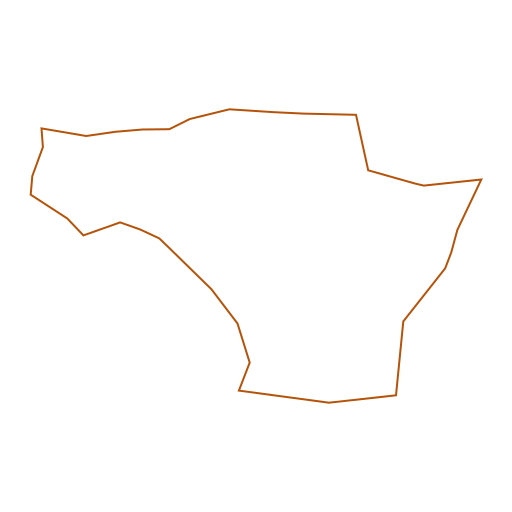 Sant, Övörhangay, Mongolia
{"feature_id": "93677404B89182419744120", "entity_name": "Sant", "entity_type": "district", "adm_level": 2, "iso_a3": "MNG", "parent_name": "Mongolia", "parent_adm1": "Övörhangay", "projection": "robinson", "projection_center": [103.758, 45.985], "detail": "fine", "context": "isolated", "style": "outline", "palette": "amber", "viewbox_px": 512, "rotation_deg": 0, "n_neighbors": 0, "source": "geoboundaries", "source_scale": "gbopen_adm2", "svg_char_len": 528}
<svg xmlns="http://www.w3.org/2000/svg" viewBox="0 0 512 512"><path d="M356.0,114.8L303.4,113.6L274.2,112.2L229.4,109.3L189.8,119.0L169.3,129.2L142.5,129.5L115.2,131.8L86.2,136.0L41.5,128.4L42.9,147.1L32.3,176.1L30.7,194.7L67.3,218.5L83.4,235.4L120.1,222.4L140.2,229.5L159.3,238.4L166.9,245.7L211.4,289.2L237.5,323.5L249.7,362.6L238.9,390.6L328.9,402.7L396.0,395.3L403.3,321.4L445.2,268.3L451.2,252.6L457.4,229.8L481.3,179.5L423.8,185.6L414.5,183.4L368.2,170.3L356.0,114.8Z" fill="none" stroke="#b45309" stroke-width="2"/></svg>